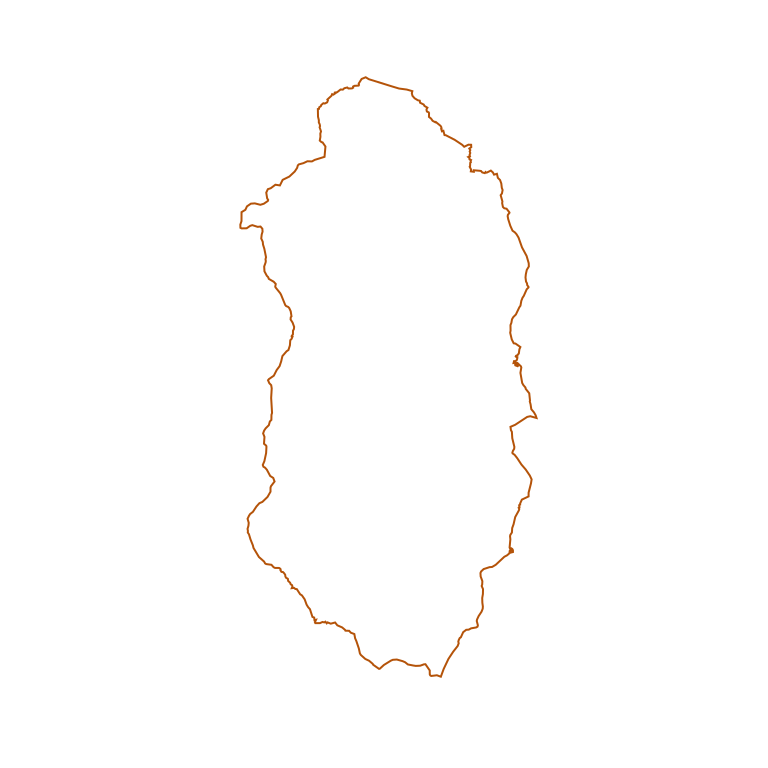 Ieud, Maramures, Romania (orthographic projection), rotated 340°
{"feature_id": "2599482B19254849512468", "entity_name": "Ieud", "entity_type": "district", "adm_level": 2, "iso_a3": "ROU", "parent_name": "Romania", "parent_adm1": "Maramures", "projection": "orthographic", "projection_center": [24.211, 47.638], "detail": "fine", "context": "isolated", "style": "outline", "palette": "amber", "viewbox_px": 768, "rotation_deg": 340, "n_neighbors": 0, "source": "geoboundaries", "source_scale": "gbopen_adm2", "svg_char_len": 6140}
<svg xmlns="http://www.w3.org/2000/svg" viewBox="0 0 768 768"><g transform="rotate(340 384 384)"><path d="M337.3,678.5L342.6,672.2L350.6,664.3L357.5,659.2L363.6,655.4L365.5,653.2L365.7,651.5L366.8,650.0L368.3,648.6L369.6,648.3L373.5,644.3L377.2,643.1L379.6,643.8L382.3,643.4L387.4,644.3L388.9,644.0L389.7,642.8L390.1,638.4L390.9,637.1L393.6,634.4L397.8,631.3L399.9,628.9L400.8,626.9L401.6,623.2L403.1,618.7L405.1,615.2L406.9,610.6L406.7,607.2L407.7,606.0L409.0,602.9L409.0,597.9L410.0,594.6L411.1,593.4L414.3,592.0L420.5,592.2L423.0,592.9L427.2,592.1L438.0,587.5L441.0,587.1L443.9,586.0L445.2,583.6L446.6,582.9L446.9,583.4L445.6,584.7L445.6,585.8L447.7,586.0L448.3,584.3L448.1,582.9L447.3,581.8L446.1,581.4L446.1,580.6L449.6,573.2L450.4,570.1L451.1,569.0L453.4,567.3L455.2,563.2L457.8,560.1L461.8,553.9L467.5,548.9L468.4,547.7L468.2,546.4L469.3,546.0L469.3,544.7L469.7,544.0L470.7,543.9L471.0,542.9L474.0,539.8L481.4,539.1L482.7,535.6L488.1,527.7L490.1,524.1L489.7,519.9L487.9,512.8L485.6,506.7L483.8,499.2L482.5,495.2L481.1,493.2L481.1,492.5L482.3,490.9L484.1,489.5L485.0,487.7L486.0,478.8L487.8,472.7L487.5,470.8L488.2,467.5L493.3,467.2L507.3,463.9L510.4,464.3L515.7,468.1L515.8,465.3L515.2,461.9L513.8,458.1L514.8,453.1L515.0,450.3L515.5,449.6L517.3,442.4L515.5,437.0L515.7,435.7L514.6,432.7L514.2,430.3L516.0,420.2L518.7,415.4L518.7,414.2L516.5,409.8L516.0,409.8L515.9,412.9L515.7,413.0L513.8,411.4L513.8,410.8L514.1,410.6L515.2,411.0L515.5,410.0L515.2,409.1L512.9,408.6L514.0,407.0L515.5,407.5L517.1,406.8L518.3,405.0L517.2,403.2L517.7,402.7L519.1,403.0L519.2,402.4L521.1,401.5L523.1,397.7L524.8,395.9L521.4,391.0L519.8,390.1L519.3,385.8L520.1,379.0L521.2,377.1L523.0,371.9L524.6,370.1L526.4,367.0L528.3,365.4L531.7,363.8L537.4,358.2L539.0,357.1L541.5,352.8L543.7,350.3L545.5,349.0L550.5,343.8L552.8,342.7L553.0,342.1L552.4,340.1L552.8,338.4L552.5,336.3L553.4,332.3L554.8,329.4L557.2,325.6L560.3,323.1L561.3,320.0L561.8,312.5L560.4,302.8L560.5,292.4L559.7,288.4L558.8,286.2L557.2,283.9L556.8,278.5L557.1,271.6L557.6,268.6L558.3,267.4L560.5,266.0L560.5,265.5L559.1,261.2L557.1,260.0L556.3,258.3L556.9,254.4L557.7,253.0L558.2,246.5L560.0,245.3L561.8,242.3L561.8,239.9L562.8,235.7L562.8,232.0L561.5,229.2L562.0,225.1L559.0,224.9L558.7,222.5L557.4,220.0L552.9,220.5L552.2,220.3L551.9,219.6L550.8,220.3L548.7,218.8L548.0,217.0L546.5,216.2L541.5,213.9L541.0,215.3L538.3,213.9L539.2,212.3L538.8,209.2L539.3,208.9L540.7,205.6L541.5,205.3L541.7,203.9L542.4,203.3L541.2,202.1L541.6,200.9L540.8,199.5L542.7,199.4L542.7,198.1L544.1,196.4L544.0,194.9L545.1,193.7L544.7,191.9L547.0,191.3L547.7,189.0L545.2,188.0L540.5,188.5L539.3,186.0L534.0,178.8L527.2,171.4L526.0,170.8L526.4,166.4L524.9,166.4L525.0,163.9L525.4,163.9L525.7,162.2L525.4,160.7L522.3,155.5L521.8,155.7L519.7,153.3L519.0,150.7L517.6,148.4L519.0,144.8L518.9,144.0L517.5,142.6L517.6,141.5L517.9,140.4L519.3,139.2L517.1,136.5L516.9,135.0L514.1,132.0L514.5,130.0L512.9,129.0L510.5,126.0L509.3,122.9L509.6,120.3L510.8,118.5L506.1,115.1L499.2,111.5L493.7,107.4L474.0,92.4L471.7,89.5L467.3,89.7L463.0,93.0L462.8,94.4L462.2,94.9L458.2,93.7L456.7,93.9L456.4,95.0L455.0,95.3L451.6,94.1L450.9,92.8L447.9,92.5L446.0,93.3L443.9,92.4L439.7,93.8L437.4,93.3L437.2,93.6L437.6,94.2L435.4,94.8L434.4,93.9L433.2,95.2L428.1,97.3L428.3,98.3L426.9,99.9L424.3,100.2L423.0,99.4L420.4,100.4L419.6,101.4L417.8,101.8L417.0,103.2L415.9,103.0L413.4,110.3L413.0,113.8L412.2,116.0L412.4,117.9L412.1,119.8L411.3,120.7L411.2,125.1L409.8,126.9L408.8,130.0L406.9,133.3L408.0,135.4L408.9,135.9L410.2,140.8L405.8,150.2L395.6,149.7L392.4,150.2L388.2,148.5L383.8,148.9L379.1,148.5L377.8,149.1L376.3,151.2L372.8,153.8L366.0,156.7L358.6,157.5L354.1,161.8L350.1,159.6L344.5,161.3L341.5,161.2L338.8,163.9L337.7,169.6L338.1,171.4L337.4,172.3L332.7,173.5L329.1,173.3L324.4,170.1L320.6,169.0L316.0,170.2L313.3,172.9L308.9,173.8L305.8,182.2L303.5,185.1L302.5,188.1L303.5,189.1L308.2,190.7L312.4,189.6L314.6,189.7L319.0,193.1L321.8,193.8L322.8,196.5L322.0,199.3L320.2,201.7L318.4,205.3L318.7,208.9L318.0,211.6L317.8,216.0L316.5,224.5L315.3,226.3L315.0,228.0L314.3,229.3L311.6,232.6L310.2,237.3L310.9,242.2L311.7,244.0L311.7,245.8L315.4,250.3L316.5,253.0L315.1,255.3L315.1,256.1L317.5,263.1L317.8,265.0L318.2,276.0L318.7,277.3L320.3,278.8L320.9,280.1L321.2,283.8L320.2,288.8L319.2,289.4L318.3,291.4L319.1,295.1L319.1,299.6L318.1,301.6L316.7,302.8L315.4,306.2L313.7,307.3L313.5,307.7L314.2,308.2L312.6,310.0L310.9,310.8L308.8,315.5L305.8,319.4L303.7,319.9L298.1,323.0L295.1,327.6L292.0,331.5L287.9,334.2L283.3,338.5L277.6,340.0L276.3,340.8L276.5,344.0L277.6,346.5L277.0,349.7L273.2,358.5L268.9,372.9L267.7,374.5L265.9,379.2L263.9,380.2L261.7,383.3L257.6,385.2L255.4,386.8L253.5,389.1L253.6,392.8L250.8,399.1L252.2,401.6L252.1,402.7L249.6,408.6L245.2,415.6L242.4,418.6L242.4,420.5L243.6,421.9L244.6,424.5L245.6,431.5L247.8,434.4L247.8,438.2L242.8,441.4L241.9,442.6L240.5,446.4L235.9,450.3L229.4,453.2L226.1,453.4L222.2,455.5L217.1,459.3L213.7,460.4L212.0,461.7L209.7,464.0L209.4,468.2L208.1,470.9L206.2,473.5L205.9,475.5L205.2,477.0L205.7,479.0L205.4,484.3L205.6,490.8L205.3,493.4L207.3,503.8L210.6,509.9L210.9,511.9L211.7,512.9L216.4,515.4L217.6,518.4L218.6,519.5L222.5,521.0L223.4,522.2L223.4,523.0L223.0,523.5L223.4,525.5L224.7,526.1L225.4,527.6L225.9,529.4L225.5,531.2L225.7,532.6L227.0,534.1L226.6,536.3L227.8,538.6L227.8,540.3L228.8,541.6L228.7,543.0L227.5,544.3L229.7,544.8L230.6,546.3L231.9,546.9L233.3,552.9L234.6,554.6L235.8,559.2L235.8,564.9L236.4,567.8L237.4,570.3L237.1,578.4L238.5,579.6L237.9,582.1L239.5,582.3L237.6,584.2L237.7,585.2L242.1,586.8L244.8,586.6L246.4,587.6L247.6,587.3L248.3,589.3L249.4,588.7L252.0,591.0L256.5,591.4L257.6,594.8L261.4,598.4L263.3,601.7L263.4,602.6L266.8,604.0L267.8,606.4L270.6,608.8L269.9,613.1L270.1,616.1L269.9,623.9L269.2,629.0L269.6,630.8L272.4,636.0L275.3,638.9L277.7,643.1L277.8,644.1L281.9,650.0L282.7,650.1L287.8,648.0L295.9,646.3L298.0,646.2L301.8,647.3L306.7,650.8L308.7,652.7L310.5,655.7L315.3,658.6L317.5,659.8L321.7,661.1L325.7,661.1L327.1,661.5L329.0,668.8L327.7,672.5L327.8,673.6L328.5,674.5L334.1,675.8L337.3,678.5Z" fill="none" stroke="#b45309" stroke-width="2"/></g></svg>